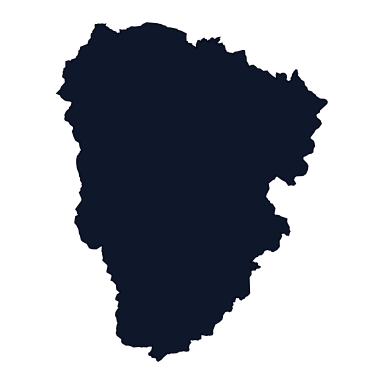 Na Thawi, Songkhla, Thailand (Albers equal-area conic projection)
{"feature_id": "78962969B50866975427255", "entity_name": "Na Thawi", "entity_type": "district", "adm_level": 2, "iso_a3": "THA", "parent_name": "Thailand", "parent_adm1": "Songkhla", "projection": "albers", "projection_center": [100.679, 6.621], "detail": "fine", "context": "isolated", "style": "filled", "palette": "ink", "viewbox_px": 384, "rotation_deg": 0, "n_neighbors": 0, "source": "geoboundaries", "source_scale": "gbopen_adm2", "svg_char_len": 5826}
<svg xmlns="http://www.w3.org/2000/svg" viewBox="0 0 384 384"><path d="M105.3,24.4L104.3,24.7L103.1,24.3L101.2,24.2L100.2,24.6L98.2,24.2L97.3,24.8L95.5,24.7L95.3,25.4L95.9,26.4L95.4,26.9L95.6,27.9L93.0,31.4L93.5,32.6L91.7,33.8L91.3,36.1L91.8,37.4L90.8,39.1L89.2,40.5L88.4,43.1L88.5,44.3L80.8,47.4L80.6,49.7L79.0,51.2L79.3,52.9L78.6,53.8L78.4,55.3L76.6,57.2L76.5,58.6L71.8,60.1L71.4,61.6L68.6,61.0L66.1,61.8L66.1,67.5L64.1,68.9L64.1,70.8L63.4,71.8L63.6,73.9L62.8,76.4L63.4,77.3L65.2,78.3L65.6,82.6L61.5,87.3L61.4,88.4L60.2,90.2L57.0,93.3L60.6,94.8L61.3,96.9L64.9,99.8L66.9,100.5L69.8,100.7L72.0,101.7L72.2,102.7L71.5,105.8L69.7,107.7L69.6,109.3L68.1,110.2L66.4,112.1L65.1,115.0L65.5,116.6L65.0,119.1L65.6,120.2L68.9,121.3L70.5,124.2L73.6,126.5L73.9,129.0L72.6,131.3L74.2,136.5L75.9,140.2L79.6,142.4L80.3,146.9L81.6,149.7L81.6,150.9L80.5,151.6L80.4,152.8L79.3,153.8L78.8,155.3L77.7,156.0L76.9,159.8L76.9,163.1L77.6,168.5L79.4,172.9L79.9,176.5L81.0,177.5L80.7,180.2L82.6,183.0L82.2,184.6L82.8,186.5L81.1,188.6L81.2,190.7L79.6,192.6L82.0,198.1L82.2,199.7L81.9,201.1L76.0,209.3L77.4,211.1L77.9,213.6L79.6,215.1L75.9,216.6L75.0,222.7L76.9,224.8L79.1,229.2L79.7,233.6L80.6,235.3L81.6,239.8L83.1,241.2L87.3,243.4L89.6,247.7L92.3,248.5L96.4,248.6L101.1,245.5L102.6,245.7L102.2,251.5L103.1,252.7L102.7,253.9L103.7,257.6L103.1,260.3L107.5,264.3L108.3,265.8L107.1,271.8L112.1,274.6L112.2,276.9L111.3,280.1L113.1,280.8L116.6,284.4L117.0,289.4L120.4,292.3L120.1,293.1L117.5,294.8L116.0,298.4L116.1,299.5L118.6,300.7L119.4,301.8L118.2,306.4L119.6,308.1L118.0,309.4L116.1,312.5L115.8,315.6L116.9,317.4L117.6,321.6L118.4,322.9L117.5,324.9L116.8,328.6L117.2,330.1L116.5,333.0L117.3,335.2L121.8,338.7L122.1,339.4L121.9,341.7L122.6,342.9L126.0,344.9L128.2,344.8L131.9,345.8L133.4,346.7L139.4,346.2L141.6,346.8L143.5,346.4L146.7,346.7L148.9,345.8L152.4,346.0L152.7,348.1L152.1,349.4L152.0,350.8L151.0,351.5L150.3,352.8L149.0,353.3L149.0,354.7L149.5,355.1L151.9,355.4L151.9,356.8L152.4,357.2L155.8,357.4L156.8,358.9L157.1,360.3L158.2,361.0L161.0,359.2L163.0,356.9L167.4,353.2L169.3,353.5L170.8,352.6L173.1,352.8L176.9,352.4L179.9,350.7L180.8,351.1L183.5,350.4L186.4,351.0L188.3,350.6L188.8,349.4L188.2,347.5L188.8,344.7L190.5,342.4L189.5,341.2L190.2,339.7L191.4,339.3L192.6,339.8L194.9,339.3L198.0,339.8L199.3,338.8L200.6,338.6L200.6,335.1L201.4,334.2L206.8,335.3L208.0,334.8L210.0,335.0L212.1,334.5L212.6,333.1L212.3,331.5L212.6,329.6L214.8,324.0L219.0,321.7L221.7,319.2L222.3,316.7L222.2,315.5L225.0,311.3L228.1,310.8L229.4,311.5L230.9,310.9L232.1,308.1L231.3,305.9L232.5,305.3L232.8,304.7L231.9,301.8L234.4,301.5L235.5,297.3L236.1,297.1L237.5,297.5L239.4,297.0L239.8,298.8L241.1,299.8L242.5,298.6L244.3,298.0L245.0,296.4L247.3,295.5L249.4,293.2L248.9,277.6L249.1,276.5L250.4,275.3L250.9,274.0L250.7,271.0L251.2,270.3L252.6,269.8L255.2,269.8L255.8,268.2L259.5,267.6L260.0,266.9L257.3,265.7L257.3,263.6L256.6,263.0L254.7,263.3L253.8,262.4L250.7,261.9L250.6,261.5L252.0,260.6L255.6,256.7L257.4,256.3L258.5,254.8L261.4,254.4L263.0,252.7L263.9,250.6L265.8,249.7L267.7,249.2L269.2,249.9L270.8,249.8L271.8,251.1L272.9,251.4L276.7,249.4L279.1,246.5L278.9,240.5L280.6,238.1L281.4,236.0L280.6,233.6L282.5,233.0L284.6,232.9L286.8,235.0L288.5,235.1L289.0,232.7L289.8,231.3L288.9,230.2L289.0,227.2L286.9,223.3L286.4,221.5L286.7,219.0L280.6,217.0L279.1,215.9L276.6,215.4L275.2,215.6L274.6,215.2L273.7,213.7L274.7,208.4L272.2,204.4L270.6,204.0L269.6,203.2L269.3,201.5L267.6,200.5L267.1,199.0L265.6,197.7L265.4,196.2L265.9,194.4L268.8,188.7L267.9,183.2L272.8,179.3L274.3,178.8L274.9,177.2L276.1,176.1L277.3,175.8L282.3,179.5L286.0,181.3L288.7,185.1L291.8,184.4L293.4,185.1L294.7,184.3L295.3,183.5L293.1,180.0L294.5,176.8L296.3,175.6L302.9,175.3L305.5,173.5L307.2,169.8L307.7,165.9L306.5,163.6L302.7,159.8L302.7,156.5L305.7,155.4L308.6,153.5L311.2,153.0L312.6,152.0L313.0,148.2L314.4,146.2L313.7,142.3L312.9,141.0L310.3,139.2L309.8,138.2L309.9,137.0L313.7,132.1L315.2,129.3L318.4,127.4L321.1,123.6L319.9,120.6L316.5,117.9L315.6,115.7L315.7,114.8L316.5,113.6L319.2,112.0L319.3,110.2L326.2,103.9L326.9,102.9L327.0,101.8L326.2,100.4L324.4,99.5L319.9,99.3L315.7,96.5L315.2,95.2L312.5,93.4L311.6,92.1L307.5,90.8L306.4,87.4L304.9,86.4L304.2,85.0L303.7,82.0L300.5,80.0L299.6,78.3L297.5,76.1L297.1,74.9L297.5,73.4L296.8,72.2L297.0,70.7L296.5,70.1L295.8,70.1L293.8,72.6L293.6,73.9L292.7,74.2L292.6,76.1L291.2,78.3L291.6,79.7L290.4,81.2L287.8,81.8L285.9,79.8L285.6,79.3L286.3,77.2L286.1,75.6L285.4,74.4L284.0,73.5L281.9,73.6L280.2,74.7L276.9,73.2L276.4,74.9L276.9,78.5L276.2,78.9L272.5,76.6L268.8,73.5L267.1,71.2L263.2,71.7L259.9,69.2L257.4,69.1L255.3,66.9L253.3,65.5L251.8,65.6L249.2,66.7L248.0,65.0L247.4,63.3L246.0,61.5L245.9,57.0L244.6,55.0L244.4,50.9L243.1,50.6L237.3,52.2L235.0,52.4L233.8,53.4L233.5,54.4L231.8,53.5L230.5,53.6L226.0,52.1L226.0,51.3L225.3,51.2L225.4,50.4L225.0,50.3L224.5,47.1L223.9,46.6L224.1,45.9L222.4,45.1L222.0,43.4L220.7,43.7L220.4,45.1L219.5,45.6L219.4,44.0L217.4,43.9L216.1,42.7L217.9,41.8L218.4,40.4L219.2,40.2L219.5,39.4L218.7,38.4L219.3,37.7L217.4,38.0L214.8,39.8L213.4,39.2L212.9,38.4L212.3,38.8L212.2,38.3L211.6,38.3L211.1,38.6L210.8,40.1L209.3,40.2L208.4,40.8L208.4,41.9L207.0,41.1L206.4,41.2L206.3,39.9L204.8,39.6L204.0,38.5L201.6,40.2L201.6,41.5L200.8,41.3L200.3,41.7L198.9,40.6L198.0,40.9L196.6,44.7L196.9,47.4L195.7,48.4L195.2,47.3L191.7,45.4L191.5,44.0L187.5,43.3L187.0,43.0L187.2,41.8L185.8,41.4L185.6,36.0L186.1,34.0L180.7,31.3L177.0,30.4L177.0,29.5L169.3,28.0L167.4,28.1L165.1,26.3L163.4,26.0L160.7,24.7L158.6,24.5L157.8,24.0L146.7,23.0L143.0,24.7L141.2,26.5L135.1,27.3L131.2,27.0L129.5,28.3L127.4,28.7L126.5,30.3L123.3,30.2L122.4,30.6L120.2,30.0L120.7,33.1L118.0,33.5L117.1,34.1L115.6,32.1L112.8,31.3L111.6,30.1L109.6,29.5L107.5,27.4L105.3,26.7L104.8,25.7L105.3,24.4Z" fill="#0f172a" stroke="#020617" stroke-width="1.5"/></svg>